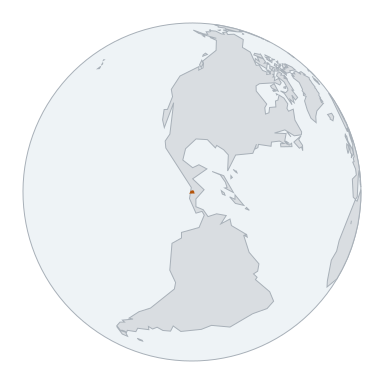 globe centered on Managua, rotated 37°
{"feature_id": "NIC-659", "entity_name": "Managua", "entity_type": "Department", "adm_level": 1, "iso_a3": "NIC", "parent_name": "Nicaragua", "parent_adm1": "", "projection": "orthographic", "projection_center": [-86.332, 12.202], "detail": "fine", "context": "on_globe", "style": "filled", "palette": "amber", "viewbox_px": 384, "rotation_deg": 37, "n_neighbors": 0, "source": "natural_earth", "source_scale": "10m", "svg_char_len": 8499}
<svg xmlns="http://www.w3.org/2000/svg" viewBox="0 0 384 384"><g transform="rotate(37 192 192)"><circle cx="192" cy="192" r="169" fill="#eef3f6" stroke="#a8b0b8"/><path d="M215.7,203.1L211.7,201.4L207.9,206.5L193.9,198.7L188.7,188.8L144.6,172.6L139.9,167.4L139.5,159.1L123.6,131.7L131.1,157.2L125.1,152.1L120.1,142.9L122.7,140.8L119.1,127.6L113.7,122.5L112.6,106.6L122.1,87.6L124.0,90.6L126.1,86.2L123.8,82.3L121.8,81.0L126.0,64.4L120.2,56.2L113.2,57.8L118.9,54.6L102.1,61.2L95.6,61.9L106.1,58.7L109.7,56.7L106.9,55.5L109.9,53.3L110.3,51.6L114.2,49.2L120.1,48.1L122.7,46.7L120.6,46.0L123.1,43.6L125.8,44.7L130.6,40.7L141.2,39.4L145.3,46.2L154.4,45.2L167.1,52.2L169.1,50.3L175.2,52.4L179.9,51.1L180.9,53.2L183.7,50.4L181.9,48.7L182.5,47.0L185.0,46.2L186.8,48.7L185.8,49.4L187.6,49.8L187.4,51.4L189.0,50.2L190.8,53.6L192.8,49.2L197.5,51.1L197.7,53.7L192.7,54.7L180.7,64.9L179.3,68.7L182.5,72.7L198.8,76.8L199.4,80.9L203.8,85.5L205.8,82.4L203.1,77.8L207.8,73.6L203.9,69.1L205.3,66.9L203.2,62.2L208.9,61.7L215.5,64.0L217.5,68.1L220.5,69.4L223.0,64.9L230.9,72.6L243.4,78.0L244.9,80.5L239.9,85.5L228.8,86.5L222.4,95.2L232.0,88.7L235.5,95.7L238.4,96.6L241.4,96.0L242.2,93.1L244.5,95.6L235.8,102.4L233.6,100.2L236.3,97.9L231.2,98.7L225.4,104.3L227.6,107.9L216.4,114.0L217.9,116.9L216.3,120.1L214.7,115.0L217.3,124.5L204.6,136.2L207.8,153.8L198.7,140.5L191.8,139.2L183.7,139.9L184.1,142.7L172.8,140.9L163.3,147.2L160.8,161.3L165.4,172.0L177.9,172.2L181.1,166.1L190.0,164.6L184.6,181.1L200.3,182.9L199.3,195.2L204.0,201.4L211.6,199.4L219.6,202.0L224.8,194.6L233.5,190.2L234.2,200.1L238.6,190.7L243.7,195.1L260.7,193.2L259.5,195.6L273.9,205.8L288.7,209.1L292.1,215.7L290.4,220.4L295.3,220.9L295.4,223.8L314.1,224.9L322.9,230.1L322.1,239.9L313.7,252.7L303.6,277.0L287.8,286.8L282.1,296.1L267.0,310.1L257.6,310.3L258.6,316.0L252.1,320.1L245.5,321.0L243.0,325.1L238.1,325.6L240.4,327.9L230.6,333.5L231.2,337.3L223.6,341.4L224.2,343.5L222.0,343.6L219.2,344.5L218.4,345.6L212.4,344.0L212.8,339.2L216.4,336.5L213.5,336.2L221.4,329.0L217.6,330.6L221.7,319.5L228.7,309.7L236.3,280.1L233.4,274.2L221.3,267.8L206.9,245.0L211.3,235.1L207.9,230.6L219.0,216.1L215.7,203.1ZM42.4,150.4L43.5,146.5L43.8,149.2L42.4,150.4ZM43.5,144.0L43.3,145.4L43.3,144.2L43.5,144.0ZM43.1,143.1L43.4,143.8L43.0,143.4L43.1,143.1ZM42.5,142.4L42.9,142.6L42.5,142.4ZM207.5,159.9L225.4,167.5L215.7,169.1L217.4,167.4L212.8,164.1L204.3,161.3L195.7,163.5L207.5,159.9ZM42.0,140.1L41.9,139.4L42.4,139.2L42.0,140.1ZM214.4,149.7L211.3,149.2L214.2,149.0L214.4,149.7ZM120.5,80.9L123.5,82.6L124.4,87.1L121.5,85.9L120.5,80.9ZM119.2,73.0L121.5,72.9L118.9,77.1L118.4,75.8L119.2,73.0ZM107.5,59.9L109.4,60.4L106.6,60.7L107.5,59.9ZM109.7,51.8L108.2,52.5L109.1,51.4L109.7,51.8ZM200.2,62.8L201.7,62.5L201.3,63.5L200.2,62.8ZM198.0,61.2L196.5,62.6L195.2,62.1L196.1,61.2L198.0,61.2ZM115.8,46.8L117.6,45.1L116.8,46.6L115.8,46.8ZM200.1,59.6L193.1,61.0L190.8,60.1L192.5,56.1L200.1,59.6ZM119.3,44.0L123.6,40.4L120.7,41.4L131.5,37.0L124.2,41.2L123.6,42.8L121.9,42.8L119.3,44.0ZM180.2,48.5L182.2,50.3L178.2,49.6L180.2,48.5ZM177.4,48.6L163.9,50.0L162.2,47.3L167.0,47.2L162.8,44.8L168.6,42.8L172.2,43.7L172.2,45.7L174.4,43.5L177.4,48.6ZM136.7,35.5L138.7,34.6L137.8,35.4L136.7,35.5ZM182.4,46.3L179.9,46.6L178.1,44.3L182.9,43.2L182.0,44.3L182.4,46.3ZM158.9,45.3L158.5,43.6L163.0,41.5L163.5,40.6L168.6,42.5L158.9,45.3ZM183.6,44.4L185.4,42.8L188.6,43.3L184.8,45.8L183.6,44.4ZM175.7,44.3L175.1,43.2L177.0,43.4L175.7,44.3ZM200.7,44.6L197.7,44.7L196.5,43.5L200.7,44.6ZM185.9,42.2L184.8,42.1L184.0,41.7L185.8,40.8L185.9,42.2ZM171.4,41.0L173.4,40.6L169.6,40.1L172.8,38.7L175.6,40.4L175.8,39.1L176.8,38.7L177.9,40.6L171.4,41.0ZM185.2,38.8L189.9,40.9L195.8,40.7L197.0,41.8L187.3,41.9L185.2,38.8ZM180.8,39.6L183.8,39.3L183.8,40.6L181.7,41.6L180.8,39.6ZM174.0,37.3L168.3,38.9L167.9,38.6L174.0,37.3ZM186.9,38.4L185.8,38.0L187.3,38.3L186.9,38.4ZM178.0,37.3L176.0,37.8L175.6,37.4L178.0,37.3ZM185.1,36.7L186.6,37.3L185.2,37.9L185.1,36.7ZM181.8,36.7L181.7,36.0L183.8,37.8L181.0,37.0L181.8,36.7ZM177.9,36.8L177.0,36.7L178.8,36.6L177.9,36.8ZM189.3,34.2L192.3,36.3L189.3,37.6L186.8,35.3L189.3,34.2ZM221.8,347.4L212.6,344.7L218.0,345.9L223.2,343.9L227.4,346.0L221.8,347.4ZM236.3,341.8L241.5,340.4L242.3,340.8L238.9,342.0L236.3,341.8ZM310.5,71.5L308.3,69.6L311.9,73.1L314.1,75.2L317.7,79.1L312.3,74.2L315.4,79.5L326.8,96.3L327.1,99.6L323.9,99.1L312.3,85.2L313.0,79.5L308.9,75.3L302.4,71.4L303.2,70.2L300.6,68.2L300.2,66.2L293.4,59.6L292.1,57.6L283.4,51.7L281.6,50.1L287.3,53.8L290.5,55.7L286.5,52.0L283.9,50.2L278.6,46.9L278.3,46.8L289.7,54.1L300.4,62.4L310.5,71.5ZM276.3,45.6L273.5,44.0L271.8,43.1L276.3,45.6ZM269.3,41.8L270.7,42.7L264.5,39.7L258.1,36.6L256.5,36.1L267.0,41.2L270.8,43.1L273.4,44.2L284.1,50.7L286.8,52.9L277.2,47.6L280.0,50.4L271.4,45.8L248.2,33.7L241.6,30.9L242.9,30.9L250.2,33.4L250.3,33.4L250.6,33.5L269.3,41.8ZM185.8,23.2L185.3,23.2L184.6,23.2L185.8,23.2ZM155.6,27.0L141.7,31.1L137.3,32.5L132.5,35.0L133.0,35.0L136.0,33.9L131.5,37.0L120.7,41.4L120.0,41.1L113.7,44.5L113.0,43.7L109.5,45.0L112.4,43.0L110.6,43.9L115.4,41.4L118.4,40.0L116.3,41.0L129.0,35.2L142.1,30.6L155.6,27.0ZM360.1,175.2L359.9,173.6L359.9,174.6L357.0,186.6L353.7,181.7L344.3,162.6L343.1,152.2L338.7,142.1L327.2,100.3L329.4,99.9L325.6,88.9L326.0,89.2L331.5,96.7L331.9,97.2L338.2,107.4L343.9,117.9L348.7,128.9L352.8,140.1L356.1,151.6L358.5,163.4L360.1,175.2ZM336.6,119.0L338.2,122.1L336.6,119.0ZM261.2,193.1L263.3,194.8L260.7,195.1L261.2,193.1ZM214.6,173.3L218.3,173.3L220.3,174.7L217.5,175.4L214.6,173.3ZM244.8,171.5L248.8,172.1L244.7,173.2L244.8,171.5ZM228.1,168.4L241.5,171.5L233.5,175.0L225.0,173.2L230.7,172.0L228.1,168.4ZM213.2,155.5L215.5,156.1L215.0,157.9L213.2,155.5ZM216.5,149.6L215.6,149.8L214.4,148.4L216.5,149.6ZM236.0,95.2L236.8,94.8L239.9,94.7L238.7,96.0L236.0,95.2ZM252.2,88.2L255.6,92.4L252.4,90.1L251.4,92.4L243.3,90.8L245.2,81.6L245.7,85.9L252.2,88.2ZM233.0,86.9L237.9,88.4L232.5,87.1L233.0,86.9ZM286.7,60.5L288.7,60.8L291.9,63.5L293.5,67.4L288.9,63.5L286.7,60.5ZM290.7,60.8L280.8,55.4L279.3,53.1L281.8,55.2L281.9,54.3L285.9,57.5L294.2,61.3L297.6,64.0L298.8,69.0L296.5,65.6L294.8,65.3L290.7,60.8ZM257.9,49.7L253.6,48.5L256.1,45.1L259.9,46.6L261.7,50.3L258.4,50.6L257.9,49.7ZM204.5,52.9L202.7,53.6L202.2,52.8L203.3,51.6L204.5,52.9ZM199.4,44.8L211.9,49.6L210.5,50.5L219.5,52.9L219.2,56.3L213.4,54.5L219.9,59.2L214.5,59.0L219.4,62.1L206.4,57.7L201.8,58.0L207.0,56.3L207.4,53.1L206.2,51.8L199.4,48.7L189.7,48.4L188.5,45.6L190.3,43.7L192.4,43.4L192.5,45.2L195.3,43.4L197.1,45.8L199.4,44.8ZM211.5,30.1L210.7,31.2L216.6,30.2L218.4,31.7L219.0,31.5L222.3,32.8L227.2,34.1L227.3,34.9L229.2,35.1L231.4,36.1L234.1,36.8L235.2,38.5L238.5,39.6L237.1,39.8L242.5,41.2L239.0,41.0L241.5,42.6L243.6,42.0L242.9,52.0L245.4,57.2L249.4,61.9L242.7,61.5L234.7,57.1L227.1,51.5L225.6,46.9L222.9,47.8L221.4,46.0L224.2,46.0L219.0,44.9L218.5,43.5L211.7,40.0L204.5,39.9L201.8,38.8L204.4,38.2L199.9,37.6L203.0,35.8L201.1,35.1L202.3,32.9L208.3,32.5L205.8,31.8L206.6,30.3L211.5,30.1ZM189.8,33.5L196.6,32.1L201.0,32.4L197.1,36.2L198.4,37.1L196.1,40.1L189.8,39.8L191.1,38.9L190.8,38.0L192.9,38.5L191.0,37.4L192.7,36.3L191.7,35.3L194.2,35.0L189.8,33.5ZM323.8,86.3L323.3,85.7L323.1,85.4L323.8,86.3ZM319.2,81.7L318.5,80.6L322.3,84.8L322.5,85.4L319.2,81.7ZM314.9,76.7L318.2,80.2L316.6,78.7L314.9,76.7ZM286.3,52.9L285.1,51.9L286.3,52.6L288.3,54.0L286.3,52.9ZM229.5,29.3L228.3,29.5L227.2,29.2L222.1,28.8L220.4,27.9L222.8,27.8L229.5,29.3ZM226.8,28.3L224.9,28.2L225.2,27.9L226.8,28.3ZM218.9,27.3L218.7,26.9L219.6,27.8L218.9,27.3ZM220.6,25.5L218.8,25.2L213.5,24.4L220.6,25.5ZM188.4,23.1L187.4,23.2L185.3,23.2L185.2,23.2L188.4,23.1ZM189.7,23.1L193.2,23.2L191.0,23.4L188.6,23.2L189.7,23.1ZM210.3,24.7L213.1,25.1L212.8,25.2L210.3,24.7ZM137.5,34.8L138.5,34.7L136.6,35.3L137.5,34.8ZM157.1,26.7L156.9,26.8L154.7,27.3L157.1,26.7ZM155.1,27.4L157.7,26.8L155.5,27.4L155.1,27.4ZM163.6,25.5L159.1,26.5L162.5,25.7L163.6,25.5Z" fill="#d9dde1" stroke="#a8b0b8" stroke-width="1"/><path d="M191.5,193.3L191.5,193.2L191.4,193.1L191.3,192.9L191.2,192.9L191.2,192.7L191.1,192.4L191.3,192.4L191.5,192.2L191.4,192.0L191.4,191.8L191.4,191.7L191.5,191.7L192.0,191.2L191.9,191.1L191.9,190.9L192.0,190.8L192.1,190.7L192.6,190.8L192.8,190.9L192.8,191.0L193.0,191.0L193.1,191.3L193.2,191.5L193.4,191.8L193.5,191.8L193.4,191.9L193.4,192.0L193.2,192.1L192.9,192.2L192.7,192.2L192.4,192.4L192.4,192.5L192.5,192.5L192.4,192.7L192.2,192.6L192.1,192.8L191.9,192.9L191.9,193.0L191.7,193.1L191.5,193.3L191.5,193.3Z" fill="#f59e0b" stroke="#b45309" stroke-width="1.5"/></g></svg>